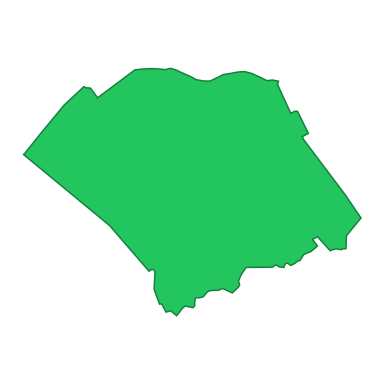 Kulaijaya, Johor, Malaysia
{"feature_id": "92858781B77755411745481", "entity_name": "Kulaijaya", "entity_type": "district", "adm_level": 2, "iso_a3": "MYS", "parent_name": "Malaysia", "parent_adm1": "Johor", "projection": "orthographic", "projection_center": [103.587, 1.669], "detail": "fine", "context": "isolated", "style": "filled", "palette": "green", "viewbox_px": 384, "rotation_deg": 0, "n_neighbors": 0, "source": "geoboundaries", "source_scale": "gbopen_adm2", "svg_char_len": 1378}
<svg xmlns="http://www.w3.org/2000/svg" viewBox="0 0 384 384"><path d="M23.0,154.1L109.5,225.5L149.0,271.2L150.7,270.1L152.0,269.0L153.9,270.1L155.0,271.4L154.1,289.3L159.5,304.1L161.7,303.9L166.0,312.1L170.7,310.8L176.6,315.7L179.3,312.4L182.3,308.3L185.3,306.0L192.2,307.5L193.0,307.7L194.7,305.7L194.7,302.0L195.4,297.9L200.4,297.6L203.5,296.6L207.1,292.1L209.5,290.8L213.8,290.3L218.3,290.3L220.0,289.7L222.4,288.4L232.3,292.9L238.3,287.3L239.6,285.2L239.4,283.7L238.5,281.3L239.8,277.9L241.1,274.8L242.8,272.3L246.0,267.5L272.7,267.1L275.7,264.7L279.4,266.9L283.9,267.5L284.3,265.6L286.1,263.2L288.0,263.4L290.4,265.4L292.5,264.7L295.1,263.2L296.6,261.7L300.1,260.4L303.7,254.6L306.9,253.1L310.8,251.6L313.6,249.4L317.5,246.0L312.5,239.3L317.5,236.7L330.2,250.7L332.8,249.7L336.0,248.8L339.0,249.4L341.4,249.7L343.1,248.6L345.9,248.8L346.5,235.7L361.0,218.0L349.4,201.0L345.5,195.2L303.7,139.7L302.2,136.7L308.4,133.4L297.5,111.3L294.5,111.3L290.8,113.4L277.5,84.4L278.5,81.2L272.4,80.0L267.0,80.7L262.3,78.3L252.2,73.6L244.8,71.6L237.8,72.0L229.4,73.6L223.0,74.6L219.3,76.7L214.9,78.7L210.2,81.0L203.8,81.0L196.4,79.7L190.0,76.3L180.9,72.3L175.9,69.9L170.5,68.3L165.8,69.6L157.7,68.9L151.7,68.6L145.0,68.9L139.6,69.3L134.9,69.9L97.6,97.8L90.5,88.1L86.1,87.8L83.8,86.7L64.2,105.0L40.5,133.7L23.9,154.5L23.0,154.1Z" fill="#22c55e" stroke="#15803d" stroke-width="1.5"/></svg>